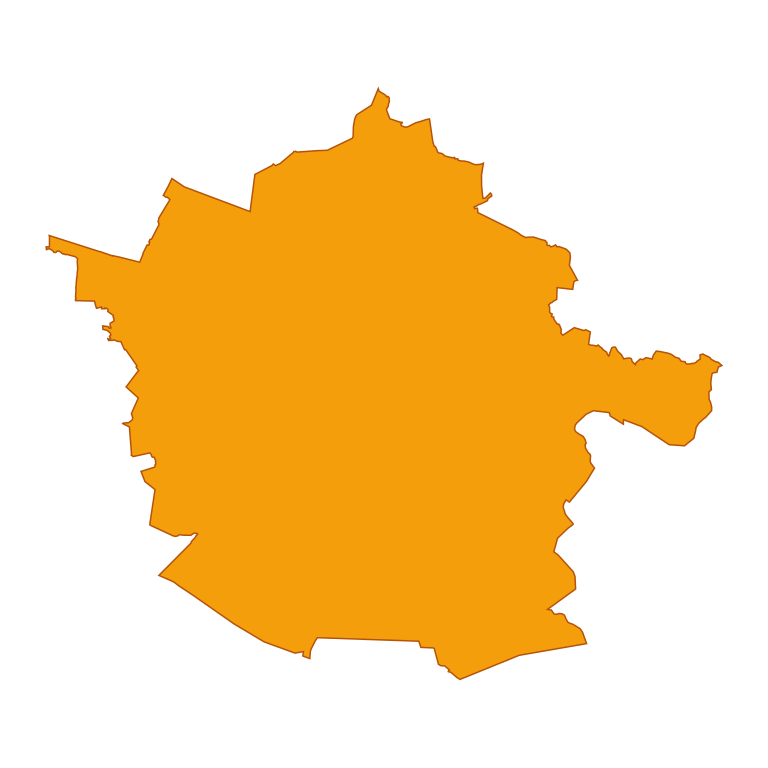 the district of Tierra Blanca, Guanajuato, Mexico
{"feature_id": "50627088B54720368473271", "entity_name": "Tierra Blanca", "entity_type": "district", "adm_level": 2, "iso_a3": "MEX", "parent_name": "Mexico", "parent_adm1": "Guanajuato", "projection": "orthographic", "projection_center": [-100.168, 21.039], "detail": "fine", "context": "isolated", "style": "filled", "palette": "amber", "viewbox_px": 768, "rotation_deg": 0, "n_neighbors": 0, "source": "geoboundaries", "source_scale": "gbopen_adm2", "svg_char_len": 6078}
<svg xmlns="http://www.w3.org/2000/svg" viewBox="0 0 768 768"><path d="M46.5,249.6L48.5,248.8L50.0,249.0L52.0,250.1L53.5,251.6L53.9,252.4L55.2,252.5L56.1,252.3L56.9,251.3L57.7,251.0L59.0,251.2L60.6,252.0L61.5,252.8L61.6,253.1L63.1,254.1L63.7,253.8L65.6,254.7L66.6,254.4L75.4,256.7L77.7,258.8L77.2,261.0L77.7,268.9L77.3,271.7L76.9,277.5L76.6,278.1L76.4,281.7L76.2,282.2L76.3,283.7L75.8,287.7L76.0,290.5L75.5,296.6L75.8,297.7L76.1,298.0L75.5,299.2L75.5,300.6L94.5,301.1L95.5,305.2L96.5,308.3L101.6,307.0L101.6,308.8L105.0,308.7L104.9,308.0L105.0,308.0L107.0,308.6L108.1,309.4L107.8,311.5L113.5,315.6L113.1,317.0L113.7,318.0L114.1,320.6L114.0,321.0L110.2,323.2L110.0,324.1L110.2,326.0L110.8,327.1L111.0,327.9L110.4,328.3L109.3,328.1L108.8,327.5L108.7,327.0L107.5,326.5L102.7,325.9L103.0,329.4L106.9,330.3L109.0,331.9L110.4,333.4L110.8,334.2L110.8,334.9L109.4,336.3L110.1,337.6L110.6,338.0L109.9,338.9L109.4,339.0L108.5,339.0L107.8,338.7L107.8,339.0L108.2,339.4L108.7,340.6L110.6,340.2L111.6,340.4L114.4,340.0L117.5,341.4L120.9,341.6L124.5,349.7L125.6,349.5L136.9,365.8L136.1,367.0L138.7,370.8L137.3,372.1L126.1,386.9L138.3,398.0L131.4,413.6L132.7,417.7L132.2,419.9L128.8,422.6L123.2,423.1L122.7,423.6L129.4,426.9L131.5,454.0L131.3,455.3L132.1,455.6L132.7,456.3L133.1,456.5L134.5,456.3L149.8,452.9L151.2,454.5L151.7,456.3L152.4,457.1L152.5,457.2L153.6,457.1L154.4,457.4L155.1,459.6L155.7,460.5L155.5,461.5L155.7,463.5L155.6,464.6L155.0,465.0L154.9,466.7L154.5,467.2L141.0,471.4L145.0,481.6L154.8,489.4L155.0,489.7L149.8,524.2L150.1,525.2L173.2,535.9L175.5,536.4L178.0,535.8L179.3,534.7L183.4,535.2L190.8,535.3L194.2,533.0L197.5,533.7L197.6,534.0L197.0,534.9L195.9,536.0L195.6,537.0L191.3,541.7L191.0,543.1L158.9,575.4L173.5,581.8L179.2,586.1L191.6,594.3L234.2,624.0L264.2,641.9L295.0,653.1L303.5,651.6L302.8,656.0L309.8,658.6L310.4,651.0L311.4,648.5L315.0,641.3L317.3,637.7L418.8,641.2L420.9,647.4L433.1,647.9L434.2,648.4L438.5,664.4L440.9,665.7L444.7,665.9L449.4,670.0L448.6,670.6L448.3,671.6L451.0,672.4L456.9,677.5L460.0,679.4L519.2,655.3L586.6,643.6L582.5,632.2L580.1,628.7L573.0,624.3L569.7,623.2L567.9,622.2L566.1,619.1L564.6,615.5L564.0,614.8L562.0,613.8L559.0,613.5L557.0,614.3L554.1,614.0L551.3,610.0L547.5,609.4L575.6,589.0L575.0,576.4L573.2,571.7L558.1,555.0L553.8,551.8L557.6,538.2L567.7,528.5L573.1,524.4L573.1,523.7L567.1,516.6L565.2,513.9L564.3,510.5L563.5,508.7L563.2,506.7L563.9,503.6L566.1,499.9L569.4,502.1L586.3,481.6L594.5,468.1L590.6,462.8L590.2,460.7L590.6,455.8L590.1,454.4L587.8,452.1L586.5,449.6L585.6,448.5L585.1,444.5L586.2,443.3L585.0,439.3L583.0,436.3L579.3,434.2L575.9,431.8L574.5,429.3L575.2,425.2L576.8,423.0L586.2,414.2L593.4,410.7L609.3,412.6L610.3,416.0L623.4,424.2L623.5,419.7L641.9,426.6L669.2,444.7L684.5,445.8L693.8,438.3L695.6,430.8L696.1,427.6L698.6,423.4L703.4,419.0L705.6,417.4L711.6,410.7L711.7,407.1L710.5,402.2L709.1,399.2L708.9,391.9L711.4,389.6L710.8,383.5L711.1,379.6L712.0,373.9L713.3,372.8L716.9,372.3L718.3,367.1L721.9,365.5L718.2,362.3L715.6,361.7L711.3,359.4L709.7,357.4L704.2,354.8L703.0,354.0L700.0,354.9L700.2,359.0L698.1,360.5L697.8,360.9L697.1,361.1L696.0,362.4L693.0,363.6L691.5,363.3L690.6,363.9L687.2,364.1L685.5,363.0L685.1,361.7L681.1,361.2L679.2,358.4L675.3,357.2L671.6,354.5L668.5,353.3L659.9,351.5L656.2,351.1L653.4,355.2L652.2,359.0L646.0,357.6L643.0,359.6L640.2,359.0L635.9,362.9L635.4,364.7L632.2,361.6L631.4,358.8L630.5,358.2L627.8,358.0L627.5,358.2L623.7,358.8L621.5,354.8L617.7,351.2L615.4,347.2L614.4,347.0L612.9,347.2L611.7,347.9L608.8,356.0L607.5,354.5L607.0,353.5L606.8,352.3L603.5,350.0L602.7,349.3L602.3,348.4L599.5,346.4L599.1,345.9L598.1,345.0L596.5,346.1L593.8,345.4L590.1,345.0L588.6,344.3L590.3,331.9L585.7,329.7L584.1,330.6L574.4,327.7L573.7,328.0L564.6,334.1L562.8,335.1L562.3,334.8L561.5,333.9L561.4,333.3L560.8,332.9L561.1,331.6L561.2,329.3L559.6,325.2L558.9,324.3L558.4,324.5L557.8,323.8L557.0,323.8L556.7,323.5L555.9,322.0L555.0,321.0L553.7,318.6L553.7,317.0L552.8,317.0L552.0,316.8L551.5,316.4L552.1,314.6L552.1,313.9L550.3,313.1L549.7,312.2L549.6,307.2L549.5,306.7L548.9,305.9L548.6,304.8L549.0,304.8L549.8,303.7L550.9,302.8L551.9,302.6L553.6,301.1L556.7,299.4L557.1,287.6L572.7,289.4L573.9,281.7L575.4,280.7L577.5,280.3L569.4,265.4L570.4,257.3L569.9,252.9L567.2,250.1L565.6,248.9L559.1,246.6L556.6,246.7L556.3,245.7L555.5,244.9L552.5,246.5L550.7,246.8L549.5,245.4L547.2,245.4L547.0,244.9L547.0,242.7L545.6,241.4L545.5,240.6L540.7,239.4L533.7,237.1L527.4,237.2L525.9,237.6L521.2,235.3L518.1,232.9L512.6,229.8L477.8,212.6L477.6,209.2L477.3,208.2L474.5,208.5L474.2,206.8L476.2,206.2L478.0,204.9L481.3,203.7L487.4,200.7L487.8,199.0L490.1,197.0L491.7,196.2L491.5,194.2L490.3,193.0L485.4,198.0L482.9,198.4L481.6,186.2L481.5,175.2L483.4,163.2L482.0,163.9L478.8,164.5L475.6,164.7L473.8,164.3L470.8,163.0L469.8,162.4L468.1,161.9L464.1,161.0L461.9,161.1L458.3,160.3L457.8,158.8L455.0,158.9L454.9,158.0L454.5,157.4L453.0,157.8L450.0,157.3L445.7,156.2L444.4,155.6L442.7,153.9L440.7,153.2L438.6,152.9L437.7,152.1L436.0,147.7L435.1,146.4L434.2,146.4L432.8,141.7L429.5,118.9L426.1,119.6L419.4,121.8L415.9,122.7L407.6,126.9L404.8,127.1L401.7,125.8L401.1,125.2L401.0,123.9L402.3,122.9L402.0,122.3L399.9,122.1L389.9,118.8L386.6,110.3L386.7,108.5L387.1,108.1L387.3,107.4L388.1,106.7L388.7,103.3L389.4,101.5L389.1,97.7L388.4,96.8L387.9,96.5L387.6,96.4L387.1,96.9L386.5,96.8L386.0,95.7L385.2,94.9L379.1,91.2L378.3,88.6L371.5,105.2L356.9,114.6L356.0,115.9L354.7,119.1L353.4,126.5L353.1,136.6L352.4,138.2L327.3,150.3L318.0,150.6L297.0,152.1L295.7,151.3L294.7,151.6L293.8,151.5L293.5,152.3L280.2,163.5L275.6,165.6L273.3,164.0L271.7,165.7L254.9,174.4L250.1,211.6L184.1,186.8L171.9,178.5L168.4,185.9L163.3,195.4L164.1,195.6L164.3,196.1L165.6,197.1L167.4,197.3L169.9,199.7L158.8,218.0L158.5,220.6L158.0,221.4L158.9,223.7L159.0,224.6L151.5,239.2L150.0,239.4L148.9,241.9L149.7,242.3L148.8,245.2L147.2,244.9L143.2,252.8L142.7,254.9L139.7,262.2L119.5,257.1L112.5,255.6L112.5,255.9L100.6,251.8L99.2,251.5L49.2,235.5L49.5,237.2L49.4,246.8L46.1,246.9L46.5,249.6Z" fill="#f59e0b" stroke="#b45309" stroke-width="1.5"/></svg>